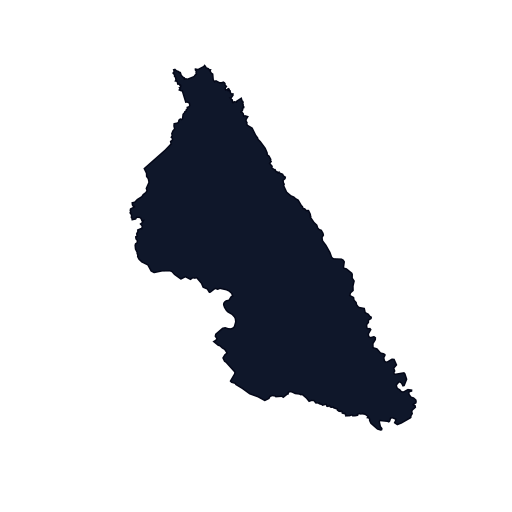 San Sai, Chiang Mai, Thailand, rotated 164°
{"feature_id": "78962969B96065605471256", "entity_name": "San Sai", "entity_type": "district", "adm_level": 2, "iso_a3": "THA", "parent_name": "Thailand", "parent_adm1": "Chiang Mai", "projection": "mercator", "projection_center": [99.037, 18.947], "detail": "fine", "context": "isolated", "style": "filled", "palette": "ink", "viewbox_px": 512, "rotation_deg": 164, "n_neighbors": 0, "source": "geoboundaries", "source_scale": "gbopen_adm2", "svg_char_len": 6075}
<svg xmlns="http://www.w3.org/2000/svg" viewBox="0 0 512 512"><g transform="rotate(164 256 256)"><path d="M310.7,138.0L305.6,132.5L300.0,125.3L292.8,120.1L287.4,114.7L282.9,115.5L281.3,117.2L278.8,117.4L276.2,116.2L275.7,115.3L269.9,114.1L268.7,112.7L264.2,114.6L263.1,114.6L262.7,115.9L260.8,116.4L258.7,115.3L256.2,113.0L252.3,111.4L251.1,110.3L249.7,110.2L246.6,105.5L245.0,101.7L242.6,101.9L240.1,101.1L239.0,98.3L236.0,97.4L236.3,97.1L235.7,96.4L233.5,95.1L233.2,94.3L229.4,94.2L229.2,92.0L228.3,91.6L226.5,92.0L226.3,90.7L225.5,89.9L223.2,89.4L223.1,88.6L220.0,86.5L220.2,85.5L219.0,83.9L217.7,83.3L216.9,83.7L216.2,83.0L216.4,81.4L215.5,80.6L214.0,80.4L213.8,78.7L213.4,78.4L213.7,77.6L210.0,76.7L208.2,76.9L207.0,76.3L207.0,75.7L204.6,75.1L202.3,74.9L202.2,75.8L199.9,76.1L199.4,75.5L197.0,74.9L196.6,75.3L195.7,74.1L195.0,74.3L192.3,70.7L193.4,69.9L192.2,69.3L191.7,67.9L192.1,66.6L191.6,63.5L186.9,56.2L184.0,54.3L183.1,54.4L182.6,55.5L183.5,57.7L183.2,62.7L182.2,63.7L175.2,60.9L174.1,60.0L173.2,60.4L171.3,63.1L169.2,62.8L166.6,60.5L166.7,59.8L168.7,57.5L166.6,55.0L162.4,55.4L152.2,57.9L151.6,58.3L151.2,59.7L149.3,61.4L149.2,63.5L148.4,64.8L144.5,66.7L144.4,68.3L145.8,69.3L145.9,70.0L142.8,70.8L142.2,72.2L142.1,73.5L143.7,76.1L145.9,77.5L147.1,80.8L146.7,82.8L145.8,83.3L143.7,83.3L143.4,84.2L146.8,85.7L151.5,84.6L152.9,85.0L154.0,86.0L154.7,87.8L156.1,89.1L156.9,90.7L156.7,93.3L153.5,95.5L152.4,95.3L151.1,93.8L150.5,90.7L149.3,90.7L145.2,96.0L145.4,101.7L146.0,102.9L154.2,103.8L155.3,104.1L155.8,105.0L155.6,106.1L154.4,107.2L154.6,110.2L151.0,112.6L151.8,118.5L153.7,119.3L159.0,117.9L160.5,118.2L161.4,119.5L161.4,122.0L161.1,123.3L159.5,124.9L159.3,125.7L160.4,126.9L163.1,128.4L165.4,133.4L168.8,135.6L167.8,139.6L164.4,142.7L163.8,144.5L164.9,145.9L168.5,145.9L169.9,147.5L169.5,150.2L166.0,153.6L166.5,154.8L168.9,155.4L169.2,156.7L168.8,158.8L168.3,159.8L166.3,161.1L165.6,163.4L162.7,164.2L162.1,165.4L163.4,166.8L164.1,169.0L166.7,171.5L166.4,175.7L171.1,178.1L171.8,178.9L172.8,181.5L172.6,183.7L174.0,186.5L173.7,189.2L176.8,192.2L175.3,194.6L172.2,196.1L171.1,200.4L168.6,204.9L169.7,208.2L168.6,211.8L168.7,213.0L172.7,218.7L174.9,220.0L175.0,221.1L172.8,226.1L173.4,228.0L174.8,229.4L181.8,231.7L183.0,232.6L183.7,234.1L184.0,239.0L185.9,247.0L187.9,252.2L187.5,255.6L185.5,257.5L185.4,259.4L186.2,262.7L188.0,264.0L189.0,265.8L189.1,268.9L191.1,272.3L193.0,278.2L192.4,279.1L192.8,279.5L192.3,281.0L193.0,285.2L195.2,285.8L196.2,287.9L197.7,288.7L197.8,290.9L198.4,291.4L200.1,298.1L202.2,300.2L203.4,302.2L205.9,304.2L209.0,308.9L210.1,316.0L209.1,317.3L209.5,318.4L209.2,321.3L206.8,322.4L206.1,323.7L207.6,325.4L207.9,327.2L210.8,329.5L210.8,330.3L212.0,329.9L212.6,331.2L213.4,331.3L213.9,333.8L214.8,334.1L216.7,336.7L215.8,337.8L217.4,341.3L215.4,342.6L215.8,343.7L215.2,344.8L216.0,348.5L217.3,350.1L216.9,352.1L217.5,357.0L220.4,364.8L222.0,367.6L221.9,369.0L223.1,372.2L224.5,380.0L228.4,384.1L228.4,386.0L227.9,386.7L228.4,388.4L227.9,390.0L225.5,392.2L227.8,393.7L229.3,393.9L229.1,396.3L229.9,398.1L230.9,398.4L230.5,399.2L229.0,399.6L228.3,400.8L228.4,401.8L227.0,401.9L226.6,402.6L227.0,404.0L226.6,405.1L227.0,406.0L226.2,406.8L226.1,408.2L226.7,408.9L226.7,411.7L232.1,410.0L232.4,409.2L234.5,410.3L235.5,409.6L236.2,409.9L235.8,412.6L236.8,413.2L236.5,414.4L237.1,415.0L236.0,415.1L233.8,416.9L233.5,418.2L235.0,418.5L235.6,420.0L235.4,422.0L236.9,422.6L235.9,423.4L236.2,424.4L236.9,424.4L237.7,423.8L239.4,424.0L239.4,425.9L237.7,427.1L238.7,429.0L238.3,430.3L238.7,431.3L239.6,432.2L240.7,431.9L243.3,432.6L246.2,435.4L247.7,434.9L248.6,437.1L247.5,442.8L248.6,444.1L249.2,446.5L248.4,447.5L249.6,447.9L250.2,449.2L252.2,450.7L252.3,452.0L252.9,453.3L253.9,452.5L260.3,451.2L262.7,452.4L263.0,451.6L262.4,450.1L263.1,448.7L263.2,447.2L264.3,446.9L266.1,445.5L273.0,444.8L274.7,445.7L276.1,445.7L275.8,447.0L276.4,447.2L278.1,450.2L278.2,453.2L279.1,453.3L279.4,454.5L281.5,456.0L282.5,457.7L283.8,457.7L283.7,456.4L284.5,455.0L285.3,454.7L284.3,452.6L284.8,451.2L284.1,450.0L284.4,447.2L285.2,446.5L283.6,445.6L283.8,442.8L282.3,442.2L282.2,441.3L281.5,441.2L281.4,440.1L281.8,439.4L283.1,438.9L282.5,438.2L284.0,436.8L282.3,435.4L281.3,435.2L281.1,423.2L279.8,423.1L277.9,421.4L278.1,419.0L279.2,417.9L281.1,417.8L281.0,417.0L281.8,415.9L282.5,416.0L283.5,414.4L284.6,414.3L285.2,413.4L287.0,412.3L288.9,407.9L289.9,407.7L290.6,408.4L291.8,408.3L292.7,407.7L293.2,406.4L294.7,405.4L298.2,405.7L299.0,403.6L299.2,400.5L301.3,399.2L303.2,396.8L303.3,394.8L304.7,393.5L303.9,392.2L304.5,390.3L306.5,389.7L306.7,387.1L314.0,382.8L339.3,370.8L338.4,365.8L339.2,362.6L338.2,360.1L338.5,356.3L342.8,351.2L342.7,348.8L344.4,347.3L347.5,346.1L349.3,344.5L354.5,343.0L357.7,341.1L360.3,341.3L360.7,339.2L360.2,337.6L359.2,337.2L359.4,336.6L363.6,335.8L364.3,334.5L364.3,332.7L365.0,332.4L365.0,331.5L364.2,330.0L365.2,327.3L364.8,326.8L365.0,325.0L361.5,324.8L360.2,326.1L357.3,325.3L356.1,323.8L355.9,321.2L354.4,321.1L356.1,319.4L358.2,318.6L357.0,316.2L358.3,313.7L359.3,314.0L362.5,313.6L362.6,312.3L364.6,310.2L364.6,308.1L366.3,307.6L366.6,305.5L365.7,303.5L366.7,301.4L368.4,300.9L369.2,299.6L369.9,295.9L369.2,292.2L369.6,290.9L369.2,289.9L369.9,288.0L369.3,285.1L367.3,281.7L362.4,277.3L360.9,270.5L358.5,268.2L350.3,267.6L342.7,265.5L341.0,264.2L339.4,260.8L334.5,254.6L329.6,255.6L325.4,251.6L322.8,252.6L320.9,251.6L319.0,251.6L315.9,244.8L315.4,240.6L311.9,237.8L310.8,234.0L309.9,233.9L304.7,236.0L303.7,235.9L302.0,234.6L299.6,234.9L293.7,231.7L291.4,229.7L289.6,226.7L289.5,224.0L291.2,223.6L294.1,220.9L297.0,221.1L298.6,220.5L299.9,219.5L300.5,218.1L300.4,215.4L299.4,211.8L298.4,210.0L295.0,206.5L293.4,203.3L293.1,201.5L293.6,198.3L296.3,193.9L298.5,192.9L300.6,192.9L302.9,193.8L305.4,195.5L308.0,195.7L316.2,191.9L317.2,190.1L316.2,187.2L317.9,186.0L320.2,185.4L316.9,180.6L315.4,179.7L313.7,176.9L311.8,174.9L310.5,170.7L313.1,169.6L315.8,167.1L315.2,163.5L314.1,162.3L308.2,150.2L309.0,148.5L315.0,142.8L314.3,141.4L311.1,139.4L310.7,138.0Z" fill="#0f172a" stroke="#020617" stroke-width="1.5"/></g></svg>